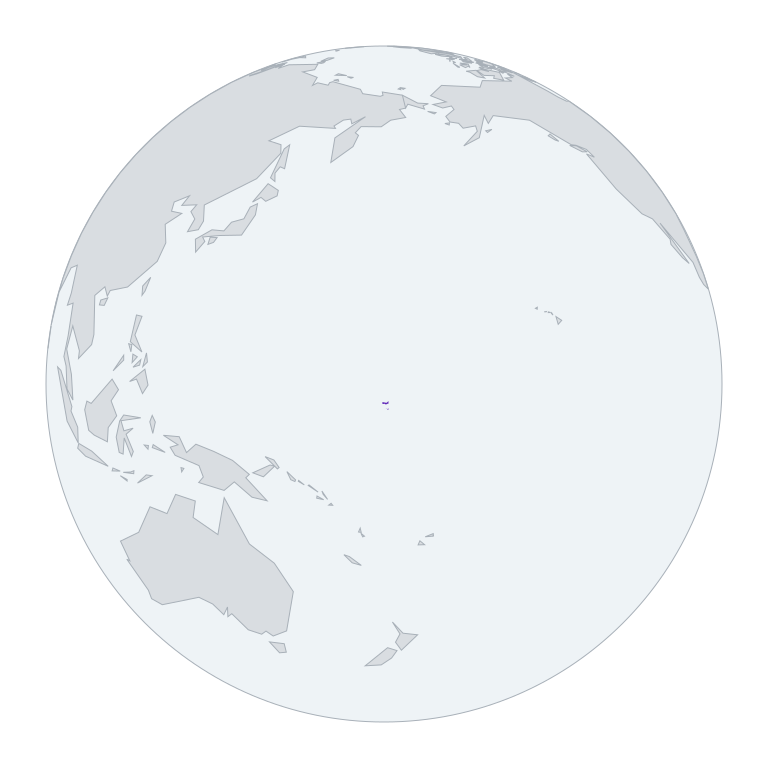 Ratak Chain on an orthographic globe
{"feature_id": "MHL-4969", "entity_name": "Ratak Chain", "entity_type": "state/province", "adm_level": 1, "iso_a3": "MHL", "parent_name": "Marshall Islands", "parent_adm1": "", "projection": "orthographic", "projection_center": [171.288, 10.331], "detail": "fine", "context": "on_globe", "style": "filled", "palette": "violet", "viewbox_px": 768, "rotation_deg": 0, "n_neighbors": 0, "source": "natural_earth", "source_scale": "10m", "svg_char_len": 9336}
<svg xmlns="http://www.w3.org/2000/svg" viewBox="0 0 768 768"><circle cx="384" cy="384" r="338" fill="#eef3f6" stroke="#a8b0b8"/><path d="M433.2,533.6L433.5,535.9L433.1,536.1L433.2,533.6ZM708.3,289.1L703.7,284.5L699.4,277.3L693.0,262.4L660.0,223.1L689.2,263.5L682.5,257.7L671.0,244.4L670.1,239.2L652.5,218.9L642.0,213.8L616.2,189.0L586.5,153.9L594.4,157.2L586.3,149.4L576.0,145.3L571.2,144.7L529.5,120.2L493.2,115.6L488.3,123.4L484.2,115.4L479.3,137.7L463.8,145.9L477.3,131.3L475.6,125.9L463.1,128.2L458.6,123.3L450.0,122.0L445.8,116.4L454.0,109.5L451.4,106.0L442.7,108.0L433.0,104.5L446.2,101.9L430.6,95.7L441.5,85.4L480.1,87.2L482.3,80.6L511.9,81.2L505.3,78.0L512.4,77.6L507.4,74.1L514.3,76.3L504.4,71.8L499.0,70.6L492.8,68.5L489.4,66.7L497.6,68.7L500.5,69.9L501.2,69.6L506.7,71.6L502.0,69.6L512.4,72.9L497.2,67.1L501.3,67.7L509.5,70.7L515.0,73.6L547.8,91.2L557.9,97.0L566.5,101.2L569.0,101.2L590.4,116.4L610.5,133.2L629.2,151.5L646.5,171.2L662.2,192.2L676.3,214.4L676.4,214.8L684.0,229.9L696.3,256.3L703.5,273.9L703.2,273.1L708.3,289.1ZM558.2,324.3L556.0,316.6L561.7,320.4L558.2,324.3ZM551.6,312.7L553.0,315.1L551.3,313.3L551.6,312.7ZM548.4,311.9L550.7,312.5L548.2,312.6L548.4,311.9ZM544.2,311.8L546.4,311.5L546.2,311.8L544.2,311.8ZM537.2,309.2L535.4,308.3L537.3,307.2L537.2,309.2ZM569.7,145.4L576.3,145.8L587.2,151.8L582.3,151.8L569.7,145.4ZM548.2,135.8L550.0,134.0L558.8,141.3L555.1,140.0L548.2,135.8ZM485.7,130.8L491.9,129.4L487.5,132.5L485.7,130.8ZM449.5,122.9L449.2,125.0L444.9,123.5L449.5,122.9ZM534.5,81.5L532.8,80.6L535.8,82.1L534.5,81.5ZM531.3,80.1L536.0,82.4L535.2,82.1L532.3,80.7L531.3,80.1ZM434.4,113.9L427.6,111.4L436.0,112.6L434.4,113.9ZM525.8,77.3L533.1,81.4L531.5,81.0L519.4,75.4L525.8,77.3ZM424.5,109.1L407.8,104.2L405.6,108.1L402.4,95.2L417.7,103.1L428.4,103.7L423.1,105.8L424.5,109.1ZM498.8,71.1L504.3,72.3L502.9,73.2L498.8,71.1ZM499.4,72.4L503.7,80.2L493.7,78.3L494.3,75.7L484.0,75.4L477.0,70.5L481.1,69.6L488.9,71.6L480.3,68.4L499.4,72.4ZM403.2,89.4L400.4,87.6L405.0,88.3L403.2,89.4ZM490.3,67.8L492.0,69.2L483.5,67.6L478.5,64.4L482.8,65.9L490.3,67.8ZM484.7,78.0L477.5,76.7L469.9,72.2L466.1,71.2L476.0,70.3L484.7,78.0ZM483.0,65.4L476.1,63.0L477.0,62.3L488.0,66.3L483.0,65.4ZM483.5,68.6L479.2,67.8L479.9,67.1L483.5,68.6ZM476.2,59.5L478.5,60.6L474.3,59.7L476.2,59.5ZM473.5,62.2L473.2,62.5L471.8,62.5L467.6,60.9L473.5,62.2ZM470.0,67.5L468.3,66.2L465.5,67.6L459.7,64.8L467.4,64.9L461.6,63.7L459.8,63.0L468.1,64.0L470.0,67.5ZM459.0,59.4L466.8,59.5L463.5,57.3L467.2,57.9L471.9,61.4L459.0,59.4ZM463.6,61.9L461.6,60.4L467.2,61.5L472.0,63.3L463.6,61.9ZM453.0,63.2L459.9,67.3L458.0,67.2L453.0,63.2ZM457.0,58.4L455.2,58.5L456.1,58.1L457.0,58.4ZM453.0,61.3L455.7,62.6L453.4,62.4L453.0,61.3ZM449.2,57.8L451.7,57.7L455.1,58.7L449.2,57.8ZM450.0,59.2L446.3,58.7L454.8,59.1L451.6,59.7L450.0,59.2ZM450.4,60.9L449.9,61.3L449.6,60.4L450.4,60.9ZM435.1,54.4L444.9,54.8L452.4,56.9L441.7,56.1L435.1,54.4ZM275.9,63.8L276.0,63.8L267.5,67.0L270.0,66.2L275.1,64.5L261.0,70.6L263.5,69.8L269.1,67.4L277.7,64.7L287.4,62.5L281.9,64.7L277.7,65.7L260.7,71.9L250.3,75.3L249.1,76.1L256.9,73.8L277.6,66.1L284.9,64.3L275.2,67.7L279.3,66.3L281.3,66.2L278.2,68.4L288.9,64.8L317.8,64.3L314.6,69.7L302.7,71.9L317.2,77.4L312.5,85.4L317.7,82.8L328.1,85.2L329.7,82.6L332.9,81.7L360.4,89.3L362.7,93.7L380.3,96.3L383.0,95.3L382.3,92.0L402.4,95.2L405.6,108.1L399.5,109.5L405.7,117.5L390.7,120.2L381.2,126.8L361.1,126.6L355.3,132.8L358.5,135.4L353.0,146.6L330.8,162.5L334.9,137.9L365.5,116.7L351.8,123.8L350.8,119.1L343.4,120.1L334.0,126.0L335.5,128.4L299.5,126.2L268.9,140.8L281.0,144.7L280.8,153.3L256.6,178.7L204.3,205.0L203.5,221.1L198.3,229.7L187.5,231.7L194.8,219.0L190.9,211.6L196.7,204.8L181.8,205.4L189.5,195.8L174.2,202.0L171.5,211.2L181.8,213.4L165.2,224.3L165.8,242.9L157.2,261.4L127.6,287.0L110.2,290.5L107.3,296.1L104.9,286.8L94.8,295.4L93.9,334.5L91.6,344.6L78.5,358.5L79.4,350.8L72.8,325.9L66.7,349.0L71.4,374.3L72.9,400.1L67.0,388.8L66.1,366.0L63.9,356.5L68.1,335.9L73.1,303.1L67.4,305.2L71.3,293.1L77.3,265.2L71.1,267.8L59.1,291.9L51.7,322.7L51.3,324.7L56.4,301.1L63.1,278.0L71.5,255.5L81.4,233.5L92.9,212.4L105.9,192.1L120.2,172.8L135.9,154.6L152.9,137.5L171.0,121.7L190.2,107.2L210.4,94.1L231.5,82.4L253.4,72.4L275.9,63.8ZM502.9,67.7L506.2,69.0L503.9,68.2L499.2,66.5L502.9,67.7ZM517.5,73.6L520.2,74.8L514.4,72.2L517.5,73.6ZM500.8,66.9L498.0,65.9L491.9,64.3L495.6,67.3L486.0,64.7L478.2,62.1L475.9,61.0L482.8,62.8L474.7,60.1L483.0,62.0L477.6,60.1L484.5,61.4L500.8,66.9ZM451.2,52.8L448.6,52.4L454.3,54.0L451.5,53.8L446.7,52.6L447.2,53.4L436.2,51.2L433.9,51.2L420.7,49.5L412.7,47.9L410.7,48.2L400.6,47.6L393.0,46.7L402.1,47.1L387.1,46.2L395.3,46.3L393.1,46.2L394.6,46.2L423.0,48.3L451.2,52.8ZM431.3,53.8L419.8,50.8L418.7,49.6L442.1,53.1L445.7,53.4L460.7,56.7L462.0,58.5L457.6,57.3L453.7,56.6L454.8,56.3L450.9,56.1L444.7,54.7L440.0,54.3L437.6,53.2L431.3,53.8ZM361.0,46.9L364.1,46.7L358.7,47.1L351.4,47.7L351.1,47.7L361.0,46.9ZM349.5,47.8L350.1,47.8L344.8,48.4L345.1,48.3L349.5,47.8ZM355.2,47.5L349.6,48.1L359.0,47.1L355.2,47.5ZM120.3,475.7L127.1,479.5L127.1,481.0L120.3,475.7ZM112.9,468.0L120.2,471.1L112.1,470.9L112.9,468.0ZM123.2,472.3L130.7,472.0L133.9,470.7L133.7,473.7L123.2,472.3ZM108.2,466.3L85.6,456.2L77.7,448.2L78.8,443.4L91.7,451.1L108.2,466.3ZM78.2,442.9L67.1,421.1L57.6,366.9L60.9,370.4L71.9,406.6L71.0,411.0L77.7,427.2L78.2,442.9ZM108.2,427.6L107.4,441.8L94.2,435.1L88.7,430.3L84.7,409.7L86.9,401.1L91.2,403.4L112.1,379.1L118.5,389.7L111.1,400.8L116.7,415.8L108.2,427.6ZM51.1,326.1L48.2,346.8L48.0,348.4L51.1,326.1ZM123.7,360.1L113.1,370.8L123.7,355.2L123.7,360.1ZM131.8,344.6L130.9,351.8L128.7,343.7L131.8,344.6ZM104.2,305.4L99.4,304.9L100.8,300.0L107.8,297.9L104.2,305.4ZM150.7,277.3L145.0,291.1L142.0,295.3L142.7,286.0L150.7,277.3ZM305.7,57.8L299.8,57.6L291.9,59.2L281.9,62.1L293.5,58.5L305.6,56.0L305.7,57.8ZM316.8,62.9L325.6,61.3L323.6,62.8L321.3,63.4L316.8,62.9ZM320.8,61.3L328.1,58.0L334.3,57.8L327.3,60.3L320.8,61.3ZM336.6,51.1L335.2,50.8L339.6,50.1L336.6,51.1ZM387.6,647.7L397.0,650.6L391.6,658.0L381.2,664.9L365.2,665.8L387.6,647.7ZM279.6,652.8L269.5,641.9L284.2,643.7L286.3,652.2L279.6,652.8ZM395.5,642.2L400.0,633.9L392.4,622.0L403.0,633.2L417.6,634.8L401.4,650.2L395.5,642.2ZM198.9,597.3L162.3,604.7L151.6,598.7L148.4,590.2L126.8,559.2L129.8,560.8L120.5,541.1L138.7,532.3L150.0,506.8L167.0,513.6L175.6,494.4L195.3,501.0L193.1,517.5L217.9,534.6L224.2,497.7L249.4,544.0L274.3,563.2L293.3,591.6L286.6,630.9L273.2,636.0L266.0,631.1L261.7,634.2L248.3,629.8L231.8,613.7L227.9,616.7L227.5,607.0L223.8,614.7L212.7,604.0L198.9,597.3ZM343.9,554.7L349.4,556.6L361.3,565.4L352.2,562.8L343.9,554.7ZM419.9,540.8L424.6,544.7L418.1,544.9L419.9,540.8ZM433.1,536.1L425.2,536.8L433.2,533.6L433.1,536.1ZM360.9,533.2L364.5,536.2L362.7,536.9L360.9,533.2ZM358.5,532.0L360.2,528.1L361.2,532.4L358.5,532.0ZM328.7,505.1L331.1,503.3L332.7,505.3L328.7,505.1ZM137.5,483.1L146.2,474.9L152.0,475.7L137.5,483.1ZM323.7,499.7L316.7,498.2L317.0,496.0L323.7,499.7ZM323.2,494.4L321.9,491.0L327.6,499.4L323.2,494.4ZM309.0,484.9L318.1,492.1L308.2,485.5L309.0,484.9ZM304.3,484.9L298.3,481.3L298.6,480.4L304.3,484.9ZM245.8,477.8L267.1,500.8L252.0,497.2L234.3,481.9L224.1,490.4L198.7,482.5L203.3,477.0L199.0,465.6L175.1,455.3L170.2,447.2L178.0,444.8L163.4,435.3L179.2,436.7L186.5,452.6L195.9,444.2L213.7,451.4L232.5,460.4L249.3,474.4L245.8,477.8ZM181.0,467.6L183.9,468.4L181.7,471.9L181.0,467.6ZM286.9,471.6L295.6,479.9L294.9,481.5L290.8,479.7L286.9,471.6ZM252.8,472.8L270.1,465.0L274.6,466.2L263.4,476.8L252.8,472.8ZM265.1,456.6L273.9,460.0L279.1,467.5L277.4,468.9L265.1,456.6ZM148.4,445.5L148.0,449.2L144.2,445.0L148.4,445.5ZM153.2,444.6L165.2,452.4L152.3,447.6L153.2,444.6ZM121.0,420.7L123.9,430.8L133.1,428.2L126.1,434.2L133.3,451.5L131.5,456.5L124.2,437.9L123.1,454.1L119.2,452.4L116.2,437.1L119.7,420.9L123.7,415.0L140.8,417.8L121.0,420.7ZM152.8,433.4L149.8,421.8L152.2,415.4L155.3,422.0L152.8,433.4ZM142.5,393.6L136.5,379.1L129.6,381.5L144.9,369.2L148.0,385.1L142.5,393.6ZM139.6,365.1L133.0,367.2L140.8,359.6L139.6,365.1ZM132.1,362.6L132.9,354.1L137.3,356.8L132.1,362.6ZM142.8,366.6L146.5,352.9L147.4,362.0L142.8,366.6ZM134.9,335.0L141.9,352.0L130.3,341.7L136.5,315.0L142.0,316.3L134.9,335.0ZM207.9,244.4L210.2,237.2L217.1,237.6L213.5,242.4L207.9,244.4ZM241.5,235.1L219.7,235.5L202.6,237.0L204.8,241.5L195.6,252.1L195.4,239.2L212.0,229.8L223.9,230.9L231.5,222.2L243.9,218.8L250.2,207.1L257.5,203.7L255.4,214.9L241.5,235.1ZM252.5,202.1L268.1,183.7L278.3,190.4L277.1,195.9L265.7,201.3L261.0,197.4L252.5,202.1ZM274.9,181.5L270.5,177.8L284.2,148.9L289.7,144.8L284.6,168.7L280.2,166.8L275.0,173.1L274.9,181.5ZM398.2,89.0L400.2,87.7L400.8,89.7L398.2,89.0ZM333.6,80.3L338.1,79.4L338.7,81.2L333.6,80.3ZM351.0,78.2L347.2,76.7L353.5,77.4L351.0,78.2ZM338.4,73.7L346.8,75.6L335.5,75.2L338.4,73.7Z" fill="#d9dde1" stroke="#a8b0b8" stroke-width="1"/><path d="M384.6,403.0L384.0,403.1L383.9,403.2L383.7,403.2L382.7,402.8L382.5,402.7L382.6,402.8L383.6,403.2L383.9,403.2L384.0,403.1L384.6,403.0ZM386.7,403.8L386.3,403.6L386.2,403.6L385.9,403.6L385.7,403.4L385.8,403.4L385.8,403.5L386.3,403.5L386.6,403.7L386.7,403.8ZM388.3,409.2L388.2,409.2L387.9,409.1L388.0,409.2L388.3,409.2ZM386.6,408.9L386.6,409.0L386.6,408.9ZM387.0,403.3L386.9,403.4L386.9,403.5L387.0,403.3ZM387.6,403.0L387.7,402.9L387.7,403.0L387.6,403.0Z" fill="#8b5cf6" stroke="#5b21b6" stroke-width="1.5"/></svg>